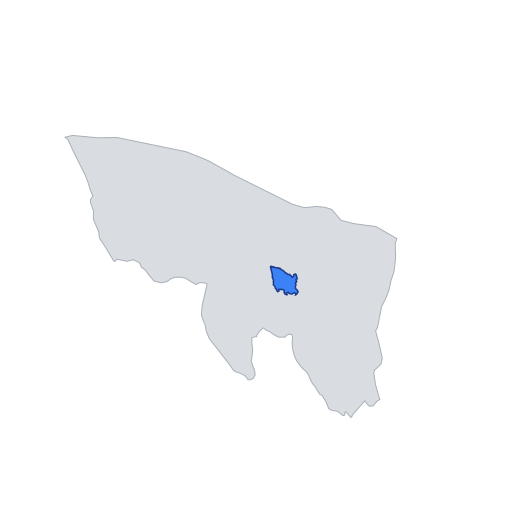 Yeallequelleh, Bong, Liberia shown in context, rotated 156°
{"feature_id": "62588387B10021882083615", "entity_name": "Yeallequelleh", "entity_type": "district", "adm_level": 2, "iso_a3": "LBR", "parent_name": "Liberia", "parent_adm1": "Bong", "projection": "equal_earth", "projection_center": [-9.69, 6.817], "detail": "fine", "context": "in_parent", "style": "filled", "palette": "blue", "viewbox_px": 512, "rotation_deg": 156, "n_neighbors": 0, "source": "geoboundaries", "source_scale": "gbopen_adm2", "svg_char_len": 4808}
<svg xmlns="http://www.w3.org/2000/svg" viewBox="0 0 512 512"><g transform="rotate(156 256 256)"><path d="M120.3,214.7L123.8,210.7L129.0,198.0L136.2,185.7L142.9,178.4L148.2,171.0L153.9,165.2L161.9,158.6L174.3,141.0L177.2,138.9L179.1,126.7L182.2,111.2L185.8,106.4L194.2,103.5L196.1,100.9L199.1,89.9L201.0,77.2L201.2,74.5L204.5,74.1L210.2,71.4L213.4,72.6L214.9,76.3L215.6,79.4L232.7,71.5L234.2,69.8L235.1,70.1L237.3,77.2L238.5,76.8L239.6,74.7L240.7,74.5L242.0,75.5L243.4,78.8L245.6,81.8L249.3,83.9L251.6,86.8L251.4,94.5L252.3,101.9L253.9,103.6L254.7,108.0L255.2,112.9L256.1,115.5L256.7,120.4L256.4,125.7L257.0,129.4L259.8,135.8L261.5,143.8L261.5,149.6L260.5,155.6L258.7,161.1L255.5,167.1L255.2,169.4L257.1,171.0L260.0,171.3L262.4,170.1L268.5,172.8L271.6,176.8L274.4,181.6L276.9,184.1L278.1,187.2L282.4,186.4L287.4,183.4L288.4,182.0L289.9,182.7L293.1,183.0L295.4,177.7L297.2,171.6L301.1,164.9L303.0,162.3L303.5,158.1L303.7,152.6L305.1,147.8L308.3,145.2L311.7,145.3L313.6,146.2L314.6,150.8L317.3,154.4L319.7,156.8L321.0,157.8L323.0,160.5L324.9,169.8L332.3,199.8L331.9,208.1L330.5,213.5L330.4,218.8L329.9,224.0L325.4,232.6L312.1,250.2L313.1,251.7L316.3,253.7L319.5,254.7L322.2,254.2L325.6,258.6L329.2,264.1L333.0,267.0L338.5,269.5L343.3,269.8L347.4,268.8L353.2,269.9L359.3,274.5L361.5,282.0L363.0,288.6L365.1,291.9L365.4,297.6L369.8,302.6L376.0,303.6L384.1,309.4L386.2,309.1L387.1,308.4L388.0,309.5L390.1,326.4L391.7,335.4L390.9,339.0L389.8,341.8L389.7,355.5L386.1,363.3L385.5,371.9L384.5,374.7L380.6,377.2L380.5,383.8L379.5,391.8L379.1,400.3L380.2,422.5L380.5,439.1L382.2,442.2L374.6,440.8L352.2,428.2L335.0,420.9L277.2,379.5L261.2,362.9L242.7,338.2L201.6,288.4L192.2,280.5L180.4,276.6L173.1,272.3L167.9,267.8L163.8,254.0L153.5,245.8L134.5,234.1L120.3,214.7Z" fill="#d9dde1" stroke="#a8b0b8" stroke-width="1"/><path d="M246.4,241.0L246.4,240.9L247.0,240.5L247.1,239.7L247.4,239.1L247.5,239.1L247.4,238.4L247.5,238.3L247.7,237.7L247.7,237.4L248.0,235.8L248.1,235.1L248.2,234.6L248.4,233.4L248.4,233.2L248.9,231.9L249.0,230.8L249.5,230.6L249.8,229.7L249.8,228.6L249.7,228.0L249.9,227.6L249.7,226.9L249.8,226.7L250.2,226.1L250.6,225.8L250.7,225.0L250.8,224.8L251.2,223.7L251.8,222.8L251.9,222.7L251.4,221.7L251.3,220.9L251.1,220.2L251.2,219.8L251.3,219.2L251.5,218.2L251.4,218.1L251.1,217.9L250.8,217.6L251.1,215.9L251.0,215.6L250.9,215.5L250.8,215.2L250.7,214.6L250.3,214.6L249.5,214.5L249.2,214.8L249.1,215.3L249.1,215.9L248.8,216.2L248.3,216.2L247.8,215.9L247.4,215.6L247.3,215.4L247.0,215.4L246.7,215.5L246.3,214.9L245.5,214.7L245.1,214.4L244.9,214.3L244.7,213.9L244.4,213.7L244.4,213.3L244.4,212.9L244.4,212.6L244.6,212.1L244.9,211.7L245.1,211.5L245.2,211.4L245.1,211.2L244.7,210.7L245.0,210.3L245.1,209.9L244.7,209.9L244.5,209.0L244.3,208.7L243.8,208.1L243.5,207.9L243.3,208.0L243.4,209.1L243.1,209.6L242.7,209.8L242.4,209.8L242.0,209.8L241.6,209.8L241.2,209.6L241.1,209.0L241.1,208.8L241.0,208.3L240.3,207.8L239.5,207.3L239.1,207.0L239.0,206.8L238.5,206.6L236.8,206.9L236.5,206.8L236.1,206.7L235.9,206.6L235.5,206.3L235.4,206.3L235.4,206.2L235.0,205.6L235.3,204.7L235.6,204.4L235.2,204.4L234.4,204.6L233.7,205.1L232.7,205.6L232.1,206.1L232.1,206.8L232.3,208.6L232.4,208.8L232.6,209.1L232.8,209.3L233.0,209.8L233.1,210.4L232.8,211.1L232.7,211.4L232.6,211.6L232.5,211.9L232.2,212.6L231.5,213.1L231.2,213.4L231.2,213.5L231.1,213.9L231.2,214.4L231.1,214.9L231.0,215.0L230.9,215.6L230.7,215.6L230.0,215.6L229.3,216.0L229.1,216.8L229.2,217.0L229.3,217.7L229.1,218.2L228.6,218.5L227.8,218.4L227.6,218.4L227.3,220.1L227.2,220.9L227.1,221.4L227.0,222.0L227.0,222.6L227.0,223.0L227.3,223.4L227.4,223.6L227.5,223.6L228.1,223.5L228.4,223.6L228.5,223.6L229.0,223.6L229.1,223.3L229.5,222.8L229.7,222.5L230.2,222.1L230.6,221.9L231.3,221.8L231.6,222.0L231.7,222.5L231.7,223.2L231.7,223.3L232.4,224.0L232.5,224.7L232.5,225.0L232.9,225.4L233.1,225.8L233.4,225.8L233.8,225.9L234.3,226.0L234.6,226.6L234.8,227.0L234.9,227.3L235.1,227.9L235.3,228.2L235.7,228.3L236.1,228.5L236.3,229.0L236.3,229.8L236.4,230.1L236.7,230.7L236.8,231.0L237.0,231.3L237.1,231.7L237.3,231.8L237.6,232.1L237.8,232.4L238.1,232.9L238.3,233.2L238.4,233.5L238.8,234.0L239.1,234.4L239.1,234.6L239.1,234.8L239.1,235.1L239.3,235.2L239.6,235.2L239.6,235.3L239.8,235.3L239.9,235.2L240.0,235.2L240.1,235.4L240.1,235.6L240.2,235.8L240.3,235.9L240.5,235.9L240.6,236.0L240.9,236.2L241.0,236.2L241.0,236.4L241.1,236.5L241.3,236.6L241.5,236.6L241.7,236.8L241.9,236.8L242.1,236.8L242.3,237.0L242.6,237.2L242.8,237.3L243.0,237.5L243.4,237.8L243.6,237.8L243.7,238.0L243.9,238.3L244.1,238.4L244.2,238.5L244.1,238.8L244.3,238.9L244.6,239.0L244.7,238.8L244.8,238.8L245.0,238.9L245.1,239.0L245.4,239.2L245.5,239.2L245.4,239.3L245.5,239.6L245.8,239.6L245.9,239.8L245.9,240.0L246.0,240.0L246.4,240.3L246.4,241.0Z" fill="#3b82f6" stroke="#1e3a8a" stroke-width="1.5"/></g></svg>